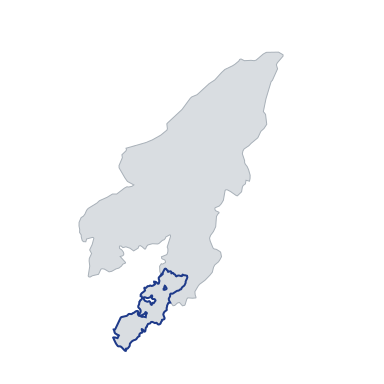 Kyrgyzstan, with Batken highlighted, rotated 315°
{"feature_id": "KGZ-1119", "entity_name": "Batken", "entity_type": "Region", "adm_level": 1, "iso_a3": "KGZ", "parent_name": "Kyrgyzstan", "parent_adm1": "", "projection": "equal_earth", "projection_center": [71.05, 39.853], "detail": "fine", "context": "in_parent", "style": "outline", "palette": "blue", "viewbox_px": 384, "rotation_deg": 315, "n_neighbors": 0, "source": "natural_earth", "source_scale": "10m", "svg_char_len": 8665}
<svg xmlns="http://www.w3.org/2000/svg" viewBox="0 0 384 384"><g transform="rotate(315 192 192)"><path d="M82.0,229.4L83.0,228.8L86.0,228.1L92.2,227.5L94.4,228.0L98.6,230.5L101.9,230.2L102.5,230.6L103.7,232.7L108.2,229.6L111.5,228.6L113.1,225.4L116.6,221.6L119.6,221.0L119.7,221.6L120.3,222.2L123.3,223.1L124.3,222.1L124.7,220.7L123.7,218.5L123.6,217.6L124.6,216.2L129.5,218.3L130.6,218.3L132.8,217.1L134.8,215.1L135.5,213.4L145.5,208.2L146.2,207.2L146.0,206.6L141.8,205.3L140.0,206.0L138.2,206.0L137.1,205.3L132.1,205.0L130.9,204.4L127.5,200.6L123.4,198.3L121.3,198.4L118.9,199.4L118.2,198.9L118.0,195.4L117.5,193.2L116.0,192.7L114.2,193.6L109.1,192.4L108.4,187.9L106.5,184.0L103.8,182.5L103.7,180.1L102.7,179.1L101.9,179.4L100.9,180.6L101.4,183.2L101.0,185.8L100.4,187.1L99.3,188.1L97.9,188.1L95.6,186.8L95.2,194.7L94.8,195.2L92.0,194.1L89.8,194.5L86.5,194.1L84.0,192.7L79.1,191.3L76.9,189.8L75.5,184.5L74.1,182.6L72.9,182.2L67.7,184.1L62.4,180.8L59.8,180.1L59.1,179.2L59.2,178.0L67.3,172.1L70.5,168.0L72.5,166.3L77.5,164.5L78.6,160.8L79.1,160.4L84.2,158.6L89.9,155.3L90.0,154.4L89.5,153.7L84.3,150.7L81.7,152.1L80.1,150.3L80.1,148.6L81.9,145.5L83.3,144.0L83.9,141.1L86.0,139.2L88.1,136.1L90.7,133.6L95.5,131.7L98.2,132.3L100.7,131.9L104.6,130.4L107.0,130.2L117.0,132.6L120.4,132.7L128.2,135.7L134.3,137.2L137.3,140.2L147.1,141.5L149.7,142.3L150.7,143.7L153.5,145.5L155.9,145.9L153.8,138.9L154.5,134.8L157.5,123.4L159.1,121.7L167.0,118.5L168.8,116.1L174.5,116.2L175.6,115.7L176.3,114.4L194.1,124.3L200.8,127.1L210.1,129.7L218.0,130.5L219.3,129.9L222.4,126.0L223.8,125.9L243.3,126.6L257.1,124.5L259.1,124.6L264.4,126.8L280.8,127.5L287.3,128.9L297.6,128.4L301.9,128.6L309.8,131.4L312.5,132.0L317.6,132.5L319.5,132.0L320.7,132.6L321.9,136.2L326.9,140.7L328.8,143.1L330.6,144.1L339.8,144.8L343.3,145.8L352.1,154.3L353.4,159.3L352.5,160.3L343.6,161.0L341.6,161.7L339.6,165.4L327.8,169.9L326.0,169.9L310.2,178.4L299.3,185.6L298.9,189.1L292.7,197.0L287.8,198.0L283.6,197.8L276.9,200.2L268.1,199.4L265.1,199.5L259.3,198.4L257.0,199.0L254.6,200.6L251.4,207.0L250.0,208.4L249.4,209.9L249.0,213.0L247.8,216.2L245.0,221.2L242.6,223.5L240.3,225.0L238.5,221.9L235.5,224.0L232.7,223.6L231.0,224.2L227.2,226.9L221.4,226.8L220.8,225.9L219.5,218.6L218.4,215.2L217.6,214.4L216.5,214.3L208.4,220.0L204.6,221.0L201.4,221.2L197.3,219.5L196.4,219.9L195.7,220.9L195.5,222.0L196.7,225.3L196.4,225.9L194.5,225.9L192.0,226.6L184.2,233.3L179.2,235.1L174.5,235.8L171.8,237.0L170.2,239.5L167.3,246.4L167.4,247.9L168.7,249.8L169.7,254.0L169.5,255.1L167.1,258.6L163.9,259.6L161.4,260.1L156.6,259.7L154.1,260.4L149.6,263.1L145.9,263.5L138.9,263.6L132.0,262.6L129.7,262.9L123.6,264.5L121.5,267.0L120.4,269.3L119.8,269.6L117.3,267.5L114.2,263.9L112.7,264.0L107.2,266.9L106.4,266.8L104.8,265.7L105.0,261.2L103.2,260.2L99.5,260.0L98.2,259.0L98.6,256.0L98.2,254.9L97.2,254.1L95.2,254.3L91.3,256.8L86.7,257.6L85.2,258.4L83.4,261.6L77.3,262.3L75.3,261.5L71.6,255.6L68.4,254.7L65.2,255.0L60.8,256.5L59.8,255.2L58.6,254.9L57.6,255.9L52.2,256.1L46.8,255.9L43.7,255.2L41.6,255.3L37.6,256.9L32.7,257.2L32.2,251.7L30.7,248.0L32.3,241.9L33.1,239.9L36.8,242.2L38.1,241.8L38.5,240.6L37.9,237.9L39.8,234.9L52.7,230.8L67.0,236.8L68.9,240.6L70.1,240.4L72.1,238.7L72.7,235.4L75.5,233.6L81.6,231.4L82.0,229.4ZM89.3,242.8L89.6,242.3L88.5,239.4L90.0,236.8L87.1,236.3L85.6,235.6L83.9,232.9L83.4,232.7L82.5,233.5L82.1,235.2L82.5,237.2L84.6,239.0L83.6,242.7L87.9,243.2L89.3,242.8ZM74.4,245.5L74.3,244.7L73.3,244.3L67.9,243.2L68.1,244.0L70.2,246.8L71.7,247.0L74.4,245.5ZM106.3,240.6L106.6,238.8L103.4,239.9L103.0,240.8L104.1,241.9L105.5,242.3L106.3,240.6Z" fill="#d9dde1" stroke="#a8b0b8" stroke-width="1"/><path d="M112.9,229.4L113.4,229.3L113.5,228.9L113.4,228.6L113.2,228.5L114.3,228.4L115.7,227.9L118.3,227.1L118.7,227.2L119.1,227.5L119.3,228.1L119.2,228.5L119.1,229.2L119.1,229.6L119.1,229.9L119.3,230.4L119.2,230.7L119.0,231.0L118.8,231.1L118.6,231.3L118.7,231.6L119.0,231.8L120.2,232.4L120.6,232.7L120.8,233.1L120.9,233.7L120.7,234.1L120.1,234.7L119.9,234.9L120.0,235.1L121.0,235.5L121.2,235.8L121.4,236.1L121.4,236.5L121.2,237.0L121.2,237.3L121.3,237.7L121.6,238.3L121.6,238.7L121.5,239.0L121.4,239.4L121.2,239.8L121.2,240.1L121.2,240.3L121.3,240.6L121.6,240.7L122.4,240.9L122.8,241.1L123.3,241.4L123.6,241.7L123.9,242.1L124.4,243.0L125.0,244.0L125.5,244.3L125.8,244.3L126.3,243.9L126.6,243.8L126.9,243.8L127.1,244.1L127.3,244.9L127.5,245.3L127.9,245.6L128.5,246.4L129.2,247.7L128.8,248.2L128.7,248.6L128.5,248.8L128.4,249.0L128.1,249.2L127.1,249.7L125.6,250.2L124.2,250.8L123.4,251.6L123.1,251.8L122.6,252.0L121.7,252.3L121.0,252.6L120.0,252.7L118.1,252.4L117.2,252.5L116.7,252.6L116.1,252.9L115.7,253.0L115.4,253.0L114.9,252.6L114.6,252.5L114.2,252.5L113.7,252.5L113.1,252.3L112.7,252.2L112.1,251.7L111.8,251.5L111.7,251.4L111.2,251.2L106.8,250.3L106.4,250.1L106.0,249.9L105.7,249.6L105.5,249.1L105.3,248.9L104.9,248.8L104.4,248.8L104.0,249.0L103.8,249.2L103.5,249.6L103.1,250.0L102.6,250.3L100.3,250.9L99.6,251.6L98.9,252.8L98.9,253.1L98.6,254.2L98.4,254.8L97.9,254.4L96.9,253.8L96.3,253.8L95.3,254.3L94.5,254.5L94.2,254.6L93.6,255.2L93.3,255.4L92.3,255.9L91.9,256.2L91.0,257.3L90.6,257.6L90.3,257.6L88.6,257.3L87.3,257.3L86.1,257.7L85.1,258.3L84.5,259.4L84.0,260.7L83.5,261.8L82.5,262.3L81.7,262.0L81.0,261.6L80.4,261.2L79.8,261.5L79.4,261.9L79.2,262.0L78.9,262.0L78.5,262.0L78.1,262.1L77.2,262.6L76.4,262.8L75.5,262.6L74.7,262.1L74.3,261.3L74.3,260.8L74.4,260.3L74.5,259.8L74.3,259.2L74.0,259.0L73.3,258.7L73.0,258.4L72.4,256.5L72.0,255.7L71.3,255.1L70.8,255.0L69.7,255.3L69.2,255.2L68.8,255.0L68.1,254.4L67.7,254.2L67.2,254.3L66.2,254.6L65.8,254.7L65.5,254.8L65.3,255.0L65.1,255.3L64.7,255.4L64.0,255.2L63.7,255.2L63.4,255.3L60.7,257.3L60.2,257.4L59.7,257.2L59.6,256.7L59.9,255.3L59.9,254.6L59.8,253.9L59.5,253.5L59.1,253.8L58.2,255.7L58.0,256.0L57.5,256.2L57.0,256.0L56.0,255.4L55.4,255.3L54.7,255.3L54.1,255.5L53.6,255.9L53.2,256.6L52.9,256.8L52.0,256.4L50.8,256.3L48.5,256.7L47.4,256.4L46.1,255.7L45.0,255.3L43.7,255.1L41.1,255.3L40.6,255.5L39.6,256.4L39.1,256.7L38.6,256.9L38.0,257.0L37.4,257.0L36.1,257.2L35.5,257.0L34.8,256.2L34.6,256.1L34.3,256.2L34.2,256.5L34.1,256.8L33.9,257.1L32.8,257.5L32.3,256.6L32.5,252.0L32.4,251.2L32.2,250.6L31.8,250.0L31.3,249.6L30.8,249.1L30.6,248.4L30.8,246.8L31.1,245.3L32.5,241.2L33.1,239.9L33.2,239.5L33.2,239.3L33.3,239.2L33.7,239.3L34.6,240.2L36.0,242.7L38.9,241.7L38.8,241.2L38.1,239.9L38.2,239.6L38.2,239.4L38.1,239.1L38.0,238.9L37.7,237.7L37.9,236.7L38.4,235.8L39.0,234.9L39.1,234.6L39.3,234.0L39.4,233.8L39.6,233.9L39.9,234.5L40.1,234.7L40.6,234.7L41.1,234.6L52.8,230.4L53.8,230.6L58.0,233.3L58.6,233.5L60.1,233.5L60.8,233.5L61.4,233.8L61.9,234.3L62.2,234.8L62.7,235.4L63.2,235.7L64.3,235.8L65.4,236.3L67.8,236.6L68.5,236.9L69.2,237.4L69.5,238.0L69.1,238.9L68.6,239.2L68.1,239.5L67.6,239.8L67.2,240.4L67.0,241.1L66.9,241.8L67.1,242.3L67.7,242.5L68.0,242.2L68.3,241.3L68.5,241.0L68.8,240.8L70.1,240.8L70.7,240.5L71.3,240.1L71.8,239.6L72.2,238.9L72.5,237.6L72.4,236.4L72.6,235.4L73.4,234.6L75.2,234.0L75.6,233.7L76.8,232.7L77.0,232.5L77.1,232.4L77.3,232.4L77.5,232.5L78.1,232.3L78.3,232.1L78.7,232.0L80.2,232.3L81.1,232.0L82.1,231.3L82.6,230.3L82.0,229.4L83.1,228.3L84.8,228.0L88.2,228.5L89.2,228.4L89.6,227.8L89.9,226.9L90.3,226.2L90.7,226.1L91.0,226.3L91.3,226.7L91.6,227.1L92.0,227.3L92.5,227.3L93.4,227.2L94.0,227.2L95.0,228.1L96.3,228.5L96.6,229.0L96.8,229.6L97.3,230.1L98.0,230.5L98.6,230.7L100.0,231.0L100.8,231.0L101.0,230.5L101.1,229.8L101.3,229.1L101.8,228.6L102.3,229.1L102.8,229.9L103.0,230.7L103.0,232.3L103.1,232.9L103.7,233.2L104.1,233.1L105.7,232.1L106.2,231.7L106.5,231.1L107.0,229.9L108.0,229.0L109.0,228.9L110.2,229.2L111.4,229.3L111.7,229.2L111.9,229.2L112.1,229.2L112.5,229.4L112.9,229.4ZM88.5,237.0L88.2,237.0L88.1,236.9L86.4,236.1L85.6,235.6L85.1,235.0L84.7,233.9L84.2,233.0L83.5,232.5L82.6,233.0L82.0,234.3L81.9,234.9L81.8,235.6L82.0,236.2L82.7,237.8L83.1,238.3L83.5,238.5L84.2,238.7L84.6,239.0L84.7,240.1L83.5,242.1L83.5,243.1L83.9,243.3L84.3,243.0L84.7,242.6L85.0,242.4L85.6,242.4L85.7,242.8L85.8,243.2L86.2,243.5L86.6,243.5L88.0,243.2L89.0,243.1L89.4,243.0L89.7,242.5L89.8,241.3L88.5,239.9L88.4,238.9L88.9,238.4L90.3,237.5L90.5,236.8L90.2,236.5L89.9,236.4L89.1,236.6L88.9,236.7L88.6,237.0L88.5,237.0ZM68.4,243.3L67.9,243.2L67.9,243.8L68.1,244.5L68.5,245.1L69.5,245.8L69.8,246.2L70.7,247.6L70.8,247.8L72.4,246.5L73.2,246.1L74.2,245.9L74.5,245.6L74.5,244.9L74.3,244.2L73.9,244.1L73.0,244.5L72.0,244.5L68.4,243.3ZM105.2,242.5L105.7,242.4L106.0,242.0L106.6,239.5L106.5,239.1L105.8,239.3L104.7,240.1L104.2,240.4L103.4,240.4L102.9,241.0L103.2,241.6L103.9,242.0L104.4,242.3L105.2,242.5Z" fill="none" stroke="#1e3a8a" stroke-width="2"/></g></svg>